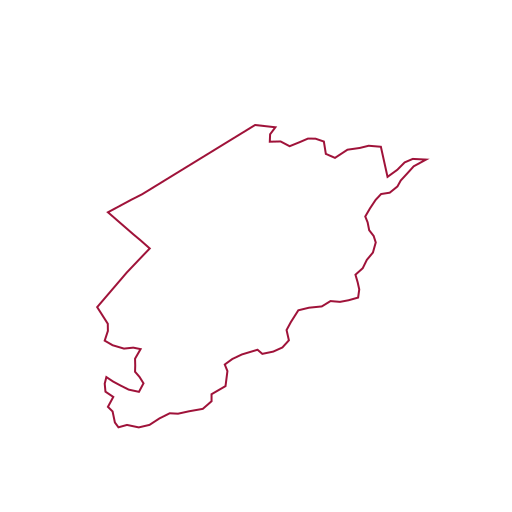 Pacoti, Ceará, Brazil (Equal Earth projection), rotated 248°
{"feature_id": "56859067B59765033772406", "entity_name": "Pacoti", "entity_type": "district", "adm_level": 2, "iso_a3": "BRA", "parent_name": "Brazil", "parent_adm1": "Ceará", "projection": "equal_earth", "projection_center": [-38.914, -4.206], "detail": "fine", "context": "isolated", "style": "outline", "palette": "rose", "viewbox_px": 512, "rotation_deg": 248, "n_neighbors": 0, "source": "geoboundaries", "source_scale": "gbopen_adm2", "svg_char_len": 1381}
<svg xmlns="http://www.w3.org/2000/svg" viewBox="0 0 512 512"><g transform="rotate(248 256 256)"><path d="M368.1,322.2L377.8,304.2L355.9,173.5L354.9,161.6L352.0,135.1L322.2,150.3L314.0,154.7L302.8,160.3L298.9,151.6L289.2,130.2L268.1,89.6L248.7,93.2L242.0,90.6L234.2,84.0L227.0,89.6L219.6,98.9L217.0,107.9L212.9,114.1L206.1,105.4L199.5,102.9L194.0,100.5L187.5,102.7L180.1,104.0L173.9,96.6L179.8,87.9L186.5,82.0L193.1,76.5L199.8,71.9L194.3,67.9L186.6,65.6L178.8,70.9L171.6,62.2L165.6,64.8L154.5,62.8L148.7,64.3L147.7,73.1L141.0,83.1L139.3,94.0L141.6,105.7L142.5,117.1L139.0,124.6L137.1,135.8L134.2,149.4L138.0,160.4L144.5,163.0L146.8,179.0L160.0,186.4L167.1,186.4L169.4,195.6L170.0,206.1L168.5,222.3L162.9,225.2L160.9,236.2L161.3,246.2L165.5,254.9L175.9,256.6L181.7,263.6L189.8,274.9L188.2,285.8L184.6,298.1L186.3,308.2L182.0,316.7L180.3,325.2L179.2,335.1L186.3,339.2L193.5,340.4L201.4,341.2L204.7,350.4L210.9,357.3L215.4,365.7L223.7,372.1L230.5,372.6L237.5,370.6L245.4,372.1L251.7,372.1L257.5,379.6L263.2,387.9L266.6,395.2L264.6,403.7L267.5,413.2L271.8,418.5L275.9,427.2L280.1,435.8L281.7,449.8L287.3,437.7L287.1,428.9L283.0,419.3L280.1,407.6L310.5,412.7L316.0,401.8L317.3,392.7L320.3,380.6L317.4,366.0L324.5,359.0L336.7,361.8L342.5,355.1L345.4,348.2L345.2,339.2L345.2,328.3L353.0,321.7L356.8,311.6L363.6,314.7L368.1,322.2Z" fill="none" stroke="#9f1239" stroke-width="2"/></g></svg>